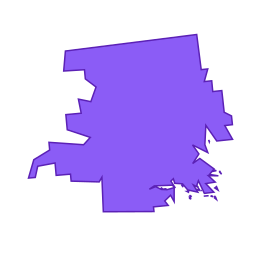 the district of Derby-West Kimberley, Western Australia, Australia, rotated 174°
{"feature_id": "25037944B76695994650709", "entity_name": "Derby-West Kimberley", "entity_type": "district", "adm_level": 2, "iso_a3": "AUS", "parent_name": "Australia", "parent_adm1": "Western Australia", "projection": "albers", "projection_center": [123.97, -17.504], "detail": "medium", "context": "isolated", "style": "filled", "palette": "violet", "viewbox_px": 256, "rotation_deg": 174, "n_neighbors": 0, "source": "geoboundaries", "source_scale": "gbopen_adm2", "svg_char_len": 1760}
<svg xmlns="http://www.w3.org/2000/svg" viewBox="0 0 256 256"><g transform="rotate(174 128 128)"><path d="M49.9,213.8L182.2,211.1L186.0,191.4L165.2,190.5L165.3,181.3L155.5,172.1L162.2,158.1L174.3,161.9L173.0,147.6L188.4,147.8L188.6,132.6L166.5,122.6L173.9,116.0L208.1,122.0L208.2,114.3L225.0,106.3L232.2,88.6L225.4,88.5L221.8,99.4L204.2,100.8L204.4,88.4L190.0,88.1L190.1,81.1L162.3,77.4L159.1,81.8L161.3,47.3L110.9,42.2L110.9,46.9L96.1,46.8L99.1,51.6L92.7,56.7L89.8,50.0L88.3,63.9L95.6,62.6L101.2,63.4L106.7,66.8L113.2,64.9L107.9,67.7L90.0,66.5L87.2,63.4L90.9,70.7L88.2,72.8L87.3,68.1L79.6,66.8L75.1,60.2L65.3,56.9L68.9,64.5L64.1,61.4L65.6,63.7L63.5,68.2L58.9,55.0L49.3,55.2L56.5,64.6L46.9,65.1L53.1,72.2L43.1,71.0L51.8,73.3L46.7,78.3L59.8,90.2L67.4,85.9L60.2,94.8L65.6,104.4L51.2,95.2L53.3,103.4L50.3,122.5L41.1,105.8L25.2,105.8L31.5,120.3L23.8,120.4L23.8,129.2L30.7,133.6L30.8,155.4L39.9,155.4L39.8,166.2L47.3,166.2L42.5,178.4L49.1,178.4L49.9,213.8ZM56.1,52.3L59.8,52.3L54.9,52.2L56.1,52.3ZM45.0,56.9L46.1,60.5L48.0,59.3L45.0,56.9ZM39.8,72.2L41.4,75.8L41.5,74.6L39.8,72.2ZM44.6,76.3L47.2,77.4L48.1,76.0L44.6,76.3ZM64.7,59.1L66.7,60.1L63.1,58.1L64.7,59.1ZM72.6,50.7L74.1,52.4L74.1,51.5L72.6,50.7ZM80.8,66.1L80.0,64.6L79.6,63.4L79.7,65.0L80.8,66.1ZM47.9,49.7L49.1,51.5L48.8,50.5L49.5,50.6L47.9,49.7ZM48.4,106.2L49.1,107.7L48.6,105.7L48.4,106.2ZM61.7,57.5L61.9,58.7L61.9,58.0L61.7,57.5ZM74.2,59.2L74.7,59.1L74.6,58.8L76.1,58.8L74.6,57.8L74.2,59.2ZM73.8,54.7L72.7,53.0L72.3,53.5L73.8,54.7ZM53.0,51.6L50.4,50.7L51.8,51.8L53.0,51.6ZM97.3,63.2L96.1,63.6L99.2,63.6L97.3,63.2ZM47.5,47.7L47.9,49.3L48.9,49.1L47.5,47.7ZM101.0,64.9L102.0,64.1L100.6,64.5L101.0,64.9ZM62.9,58.9L64.2,60.4L64.1,59.9L62.9,58.9Z" fill="#8b5cf6" stroke="#5b21b6" stroke-width="1.5"/></g></svg>